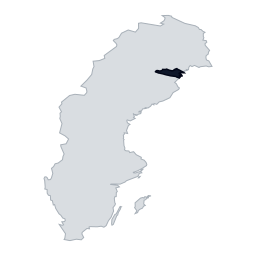 Piteå, Norrbotten, Sweden shown in context
{"feature_id": "70781695B63326994968930", "entity_name": "Piteå", "entity_type": "district", "adm_level": 2, "iso_a3": "SWE", "parent_name": "Sweden", "parent_adm1": "Norrbotten", "projection": "natural_earth1", "projection_center": [20.903, 65.376], "detail": "fine", "context": "in_parent", "style": "filled", "palette": "ink", "viewbox_px": 256, "rotation_deg": 0, "n_neighbors": 0, "source": "geoboundaries", "source_scale": "gbopen_adm2", "svg_char_len": 5201}
<svg xmlns="http://www.w3.org/2000/svg" viewBox="0 0 256 256"><path d="M47.2,177.7L48.2,179.8L50.4,179.6L51.4,178.0L52.8,173.4L51.5,168.3L53.6,166.6L55.1,163.8L58.2,163.0L62.5,159.7L63.0,156.4L64.1,154.0L60.9,146.6L60.7,144.8L66.1,143.8L68.6,139.0L65.1,135.9L59.6,132.9L62.0,123.6L59.8,118.5L60.3,116.4L60.0,113.2L61.5,111.8L59.0,107.1L61.9,103.8L61.5,102.1L69.6,95.5L74.9,94.3L84.3,95.3L86.7,92.7L86.9,91.3L86.1,88.0L80.9,86.1L86.9,80.2L91.7,74.5L92.8,69.0L94.0,66.6L93.1,61.2L99.2,60.6L104.8,58.4L104.2,55.5L116.5,46.5L116.9,44.9L116.1,43.4L113.3,40.6L114.2,39.4L117.4,38.6L119.0,37.4L121.5,33.2L128.2,30.0L135.4,32.1L138.6,28.4L138.5,23.3L141.1,22.8L160.4,26.0L163.7,24.1L160.4,23.1L163.7,21.0L164.6,19.8L165.0,18.3L164.9,17.5L162.2,15.6L168.3,15.4L171.6,16.2L171.9,17.4L184.9,23.4L195.3,25.8L198.3,27.5L199.4,29.4L201.0,29.5L202.9,31.3L205.0,32.3L203.3,33.5L203.3,36.4L203.9,37.7L202.9,40.1L206.3,40.7L206.8,42.2L205.0,43.7L205.2,45.3L209.6,50.4L208.5,52.0L208.2,54.1L206.2,55.6L205.9,57.2L206.2,59.3L206.9,60.2L208.8,60.9L212.0,66.4L208.7,66.8L206.2,66.0L200.4,66.7L199.0,67.5L194.5,65.4L192.0,66.6L190.2,65.5L188.8,67.3L188.5,69.7L186.4,69.5L187.1,70.5L184.3,70.8L184.1,71.2L184.7,71.8L183.8,72.5L179.9,72.8L179.4,73.6L180.5,74.5L180.5,75.1L178.0,74.2L179.7,76.0L180.0,77.3L174.6,82.4L176.4,83.8L177.8,86.7L179.4,88.0L178.7,89.4L173.1,92.6L169.9,97.7L162.9,101.0L159.2,101.9L156.8,104.3L154.0,103.5L153.9,104.9L152.1,104.0L150.6,106.2L148.0,108.0L145.3,107.6L145.0,107.9L145.8,108.5L142.6,108.9L141.6,110.8L139.2,111.3L138.8,111.9L141.2,112.0L140.7,113.6L138.0,114.3L137.0,115.3L135.7,115.3L136.0,114.5L134.2,114.6L133.6,113.7L133.3,113.9L134.4,116.4L133.5,117.4L135.2,118.4L130.2,120.9L127.2,119.9L126.8,120.7L127.4,122.8L130.0,124.4L128.4,125.5L126.5,130.5L127.6,133.5L124.2,132.8L124.4,134.0L123.3,135.3L123.7,137.2L123.3,138.5L124.1,139.7L123.6,140.2L124.0,145.6L124.9,148.0L124.5,149.8L125.9,150.8L128.9,151.0L129.7,152.6L133.6,151.7L136.2,154.7L141.3,157.3L141.0,159.0L144.2,160.2L146.1,162.5L146.8,164.4L146.5,165.6L141.4,168.8L137.4,170.9L133.3,172.3L133.5,172.8L135.5,173.0L140.4,171.4L141.8,172.8L139.2,173.4L138.6,175.3L137.5,176.5L126.5,180.7L125.1,182.0L120.2,184.1L111.5,184.0L110.2,184.4L117.7,185.3L119.4,186.9L115.8,187.9L117.3,191.6L116.3,192.5L116.2,196.6L114.9,196.7L114.3,198.4L114.8,202.6L115.4,203.7L115.1,204.9L113.0,207.7L113.6,211.1L111.1,217.2L108.4,220.8L106.2,225.6L103.9,227.2L101.2,226.2L97.2,226.8L89.9,226.6L89.0,227.1L89.5,228.8L86.9,228.5L82.2,232.3L81.9,234.0L83.7,237.5L81.3,239.8L76.4,239.2L69.9,240.6L64.1,239.5L64.8,238.3L65.5,233.7L59.2,224.4L62.3,225.3L63.6,224.8L61.8,221.8L64.4,221.6L65.3,220.5L64.9,218.8L62.7,218.0L60.9,215.3L59.0,213.8L55.7,208.4L54.6,204.6L53.3,205.0L52.4,200.7L50.6,200.0L50.4,195.7L48.4,195.2L47.2,193.2L47.1,189.5L44.8,189.0L45.2,187.2L44.7,180.6L44.0,178.5L44.7,177.0L46.0,176.8L47.2,177.7ZM147.6,198.0L146.5,198.4L145.8,199.6L144.1,200.2L143.7,204.0L145.3,205.5L143.6,206.1L142.5,208.1L139.5,209.5L138.3,210.8L137.6,212.6L135.1,213.6L136.9,210.8L134.6,207.6L135.2,206.5L135.1,202.8L140.5,198.1L142.9,197.5L144.0,198.1L144.5,196.9L145.3,196.7L147.6,198.0ZM113.3,224.4L112.0,225.2L111.6,224.0L111.9,219.6L114.9,214.4L116.2,213.9L119.9,206.8L120.3,206.4L121.5,206.8L120.6,207.5L120.6,208.7L118.3,212.5L117.7,215.0L116.8,215.6L113.3,224.4ZM148.6,196.5L148.4,197.6L147.1,196.7L148.4,195.5L151.0,195.9L148.6,196.5ZM142.9,169.3L141.3,171.0L140.9,170.3L141.3,169.5L142.9,169.3ZM139.1,177.8L138.3,177.9L138.9,176.8L140.1,176.5L139.1,177.8Z" fill="#d9dde1" stroke="#a8b0b8" stroke-width="1"/><path d="M162.7,69.5L162.7,69.8L162.3,70.2L161.8,70.5L161.2,70.7L160.8,70.8L160.4,71.0L159.7,71.1L159.4,71.0L158.9,70.8L158.4,70.7L158.0,70.7L157.6,70.7L157.2,70.5L156.8,70.6L156.1,70.9L156.0,71.2L155.9,71.5L155.5,71.6L155.5,71.8L155.8,72.0L156.3,72.1L156.7,72.3L157.2,72.4L157.6,72.6L157.9,72.7L158.2,72.9L158.6,73.0L159.6,73.1L160.2,73.3L161.1,73.5L161.6,73.6L162.1,73.7L163.4,74.0L164.6,74.4L165.4,74.6L166.1,74.8L166.9,75.0L168.1,75.2L169.6,75.6L170.5,75.8L172.9,76.1L175.1,76.4L175.8,76.5L176.4,76.8L177.0,77.2L177.7,77.4L178.5,77.6L179.3,78.0L179.6,77.7L179.7,77.2L180.1,77.1L180.2,76.8L180.1,76.4L179.8,76.1L179.7,75.9L179.4,75.7L179.6,75.5L180.0,75.5L180.4,75.6L180.8,75.7L181.0,75.8L181.2,76.0L181.4,76.0L181.7,76.1L182.0,76.1L182.1,75.9L181.9,75.7L181.6,75.5L181.7,75.2L181.3,74.7L181.1,74.4L180.8,74.2L180.4,74.1L180.1,74.0L179.8,73.9L179.4,73.8L179.2,73.7L179.1,73.3L179.3,73.1L179.7,73.0L180.1,72.9L180.6,72.7L181.0,72.7L181.5,72.6L182.6,72.7L183.2,72.7L183.4,72.8L183.6,72.8L184.1,72.8L183.6,72.4L183.1,72.0L182.8,71.8L182.4,71.7L181.9,71.4L180.8,70.9L179.8,70.3L178.8,69.8L178.3,69.6L177.9,69.4L177.4,69.4L177.2,69.2L177.1,68.8L176.9,68.6L176.2,68.8L175.7,69.0L175.3,69.1L174.8,69.4L174.3,69.6L174.4,69.9L174.6,70.0L174.0,70.3L173.6,70.4L173.2,70.6L172.8,70.8L172.4,70.8L172.0,70.7L171.8,70.8L171.6,70.8L171.3,70.8L171.1,70.6L170.7,70.5L170.1,70.4L169.5,70.3L169.1,70.1L168.6,69.9L168.1,69.8L167.9,69.6L167.4,69.4L167.1,69.3L166.9,69.2L166.5,69.1L166.2,69.2L165.9,69.4L165.5,69.4L165.1,69.6L164.7,69.6L164.4,69.5L164.0,69.3L163.7,69.4L163.4,69.5L163.1,69.6L162.7,69.5Z" fill="#0f172a" stroke="#020617" stroke-width="1.5"/></svg>